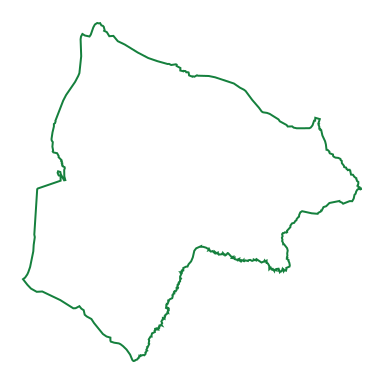 the district of Phanom Sarakham, Chachoengsao, Thailand
{"feature_id": "78962969B65089616698234", "entity_name": "Phanom Sarakham", "entity_type": "district", "adm_level": 2, "iso_a3": "THA", "parent_name": "Thailand", "parent_adm1": "Chachoengsao", "projection": "robinson", "projection_center": [101.467, 13.734], "detail": "fine", "context": "isolated", "style": "outline", "palette": "green", "viewbox_px": 384, "rotation_deg": 0, "n_neighbors": 0, "source": "geoboundaries", "source_scale": "gbopen_adm2", "svg_char_len": 5978}
<svg xmlns="http://www.w3.org/2000/svg" viewBox="0 0 384 384"><path d="M82.4,34.0L81.0,36.6L80.6,39.3L81.2,56.2L79.4,73.1L78.3,75.8L75.1,81.9L66.1,95.0L63.2,100.6L55.4,120.8L55.6,121.2L55.1,123.0L53.9,124.0L53.9,126.5L52.5,132.4L51.5,139.1L51.7,140.5L52.8,142.1L52.4,146.7L53.1,150.4L52.7,151.5L53.4,152.4L57.1,153.2L58.7,156.1L58.6,157.2L61.4,160.0L61.1,160.9L61.9,161.3L61.7,163.0L62.3,163.3L62.0,164.9L62.7,165.4L62.6,166.2L64.6,167.2L64.8,168.2L64.2,169.9L64.3,176.3L65.3,180.1L64.1,180.3L60.8,174.2L60.3,172.0L58.1,171.3L57.6,172.8L58.5,175.1L59.0,175.6L60.6,175.5L60.6,180.7L37.8,188.5L37.2,189.2L34.3,234.6L34.8,237.1L33.7,244.8L33.3,251.3L30.1,267.0L28.3,272.2L27.3,274.4L25.1,277.6L23.0,279.2L27.4,284.8L31.0,288.6L36.7,291.8L42.3,291.5L60.3,300.1L73.3,308.3L75.6,308.2L79.4,306.2L81.4,308.7L83.7,310.2L84.7,314.7L86.8,316.5L91.4,319.0L94.0,323.0L102.9,334.0L106.5,336.5L110.4,337.6L110.4,340.6L110.8,341.6L114.2,342.7L118.8,343.4L120.5,344.2L123.0,346.1L126.5,349.5L130.1,354.6L132.3,359.9L133.4,361.0L134.7,360.8L135.2,360.2L137.4,359.4L137.8,358.4L138.7,358.0L139.3,355.9L139.8,356.4L140.5,356.2L140.8,355.2L141.8,355.4L143.2,355.0L144.3,355.3L145.3,354.3L145.6,353.7L145.4,352.5L146.1,352.0L146.4,350.9L147.1,350.6L146.4,349.7L147.6,347.4L147.2,347.0L148.2,346.1L149.2,343.9L148.7,343.4L149.2,340.7L148.7,339.5L150.5,336.6L151.6,336.6L151.5,335.5L152.0,333.4L154.9,332.0L154.6,330.6L155.1,330.0L155.1,328.8L155.8,328.6L156.1,329.3L156.6,328.7L157.4,328.8L157.4,329.5L158.2,329.6L157.7,328.4L158.8,328.5L159.2,328.1L159.3,327.3L158.8,327.1L159.3,325.9L159.6,326.3L160.9,325.0L161.8,325.4L161.3,324.6L162.2,323.1L161.4,321.5L162.5,319.6L162.9,319.5L162.9,318.1L164.5,318.8L164.4,317.5L164.8,317.5L165.1,316.5L164.8,315.9L165.5,315.3L165.5,314.7L167.1,313.7L167.3,312.7L168.2,313.0L167.8,311.3L168.1,310.2L168.4,310.2L168.2,309.8L168.7,309.8L168.8,308.6L168.4,308.0L166.9,307.5L167.2,308.3L166.0,307.9L166.2,306.9L166.5,307.5L166.7,307.2L166.3,306.5L166.3,304.9L167.2,304.4L167.0,303.8L167.4,303.8L168.2,302.7L168.2,300.6L168.9,300.7L169.1,299.9L170.1,299.1L172.2,298.2L172.7,296.4L172.4,295.2L173.3,294.6L173.4,293.6L174.3,293.4L174.0,291.9L174.7,291.1L175.6,291.4L176.6,289.9L176.6,288.1L177.8,288.3L178.1,287.6L177.3,286.3L177.9,285.3L177.6,284.9L178.1,284.3L178.8,284.1L178.9,283.7L178.4,283.7L178.8,282.3L180.1,281.4L180.0,280.1L180.6,279.2L180.3,278.8L180.9,278.4L180.1,277.5L180.1,276.6L181.4,273.8L181.0,273.4L182.5,272.5L180.8,272.6L180.4,272.2L181.7,272.1L182.1,271.6L181.5,271.4L181.7,270.7L182.2,270.7L182.5,270.0L183.3,270.1L183.3,268.0L186.2,266.6L187.5,266.6L188.6,264.2L191.1,261.4L192.8,257.4L194.3,250.8L196.2,248.3L201.0,246.2L200.9,246.8L203.1,246.8L206.1,247.7L207.9,248.8L208.8,248.5L209.0,249.1L208.5,250.2L209.5,249.8L210.0,250.9L210.9,251.6L212.4,251.1L214.0,252.5L214.3,251.4L215.4,252.3L215.6,253.4L217.8,252.6L217.7,253.7L218.5,253.8L218.8,254.6L221.4,254.3L222.0,253.7L222.8,254.2L223.0,253.1L224.2,254.6L224.7,254.4L225.2,255.4L226.4,254.7L227.6,253.1L228.1,253.2L231.6,257.0L232.7,256.8L231.8,258.0L233.6,258.2L234.6,257.6L234.7,259.1L237.3,259.9L237.6,260.4L238.1,260.3L237.9,259.4L239.2,258.8L239.0,259.7L239.4,260.4L239.7,260.5L239.8,259.8L240.6,260.2L240.3,261.0L241.0,261.5L242.4,259.5L242.3,260.3L243.2,260.8L243.7,260.1L243.8,260.8L244.2,261.2L245.5,260.4L248.0,261.0L248.3,260.3L250.1,259.9L252.1,260.9L253.6,260.3L253.7,259.5L255.1,260.2L255.6,259.7L256.4,260.3L256.7,259.3L261.5,262.5L264.0,261.5L264.6,260.5L265.2,261.6L266.6,260.7L266.7,263.0L267.3,263.0L268.0,263.7L269.2,265.8L269.3,269.1L270.7,267.6L271.6,269.5L272.2,269.7L272.0,269.0L272.7,268.8L274.2,270.9L274.3,269.8L276.4,270.4L276.3,269.0L278.6,268.7L278.9,269.4L278.7,270.7L279.4,270.7L279.8,272.1L280.3,271.5L280.9,271.6L282.1,270.3L282.5,269.1L283.5,271.1L283.9,269.8L284.5,270.6L285.3,270.2L286.0,270.6L286.4,269.4L286.3,267.9L289.5,266.6L289.8,265.3L289.3,262.7L288.4,260.8L288.6,260.1L286.8,258.8L287.4,257.7L286.9,257.2L287.4,255.7L287.2,253.3L287.7,250.6L287.1,248.2L284.0,244.2L283.2,244.3L283.0,242.7L282.1,241.0L282.5,239.9L281.9,237.8L282.6,236.2L282.1,234.2L282.9,233.1L283.6,233.2L284.9,232.3L286.5,232.6L287.2,232.1L287.0,230.8L290.4,227.1L290.4,225.6L292.0,223.4L294.2,222.8L295.2,221.1L296.4,220.3L296.6,219.2L298.1,217.3L299.0,216.7L299.2,214.9L300.3,212.4L302.1,211.2L311.7,213.3L317.7,213.8L318.3,212.8L320.8,211.5L321.1,210.5L321.7,210.6L323.5,207.1L326.2,206.2L329.4,203.0L339.3,201.0L339.3,201.4L342.1,202.7L343.1,203.7L349.7,201.1L352.2,201.2L353.7,198.6L354.5,194.8L355.6,193.7L356.2,191.5L357.3,189.7L359.0,188.7L360.3,189.4L361.0,189.1L360.9,188.3L359.7,187.9L359.5,187.2L358.5,187.3L358.0,185.8L357.5,185.7L358.3,183.9L358.3,181.9L356.9,180.8L356.6,179.3L356.2,178.9L356.3,178.2L354.4,176.9L353.0,174.8L351.0,174.6L350.2,170.5L349.7,170.4L349.5,169.8L347.8,170.1L347.7,169.5L346.6,169.1L346.1,167.6L344.2,167.1L343.9,165.7L341.9,163.2L341.7,160.8L340.7,160.1L340.4,158.9L338.3,157.9L335.4,157.6L333.6,156.6L333.1,155.9L333.0,154.5L329.8,153.3L329.3,152.4L329.4,151.6L327.6,149.9L326.5,149.8L325.9,144.5L325.1,141.3L322.4,135.5L321.2,130.1L320.3,130.0L320.2,128.8L319.3,128.7L319.3,126.5L318.5,124.8L319.0,123.9L318.4,123.5L319.8,119.1L315.3,117.8L315.1,120.7L314.1,120.7L312.5,125.4L310.8,127.5L309.4,128.2L296.9,128.3L293.6,127.6L292.2,126.4L287.7,126.5L286.6,125.0L279.8,121.3L278.5,119.4L269.7,113.9L267.0,112.9L263.0,112.3L261.7,111.5L259.0,107.8L252.2,99.9L245.6,91.0L243.9,89.7L240.0,87.7L233.9,83.5L215.1,77.3L208.8,76.0L197.9,75.7L197.0,75.3L194.4,76.7L192.9,76.3L192.5,76.7L189.1,75.4L188.6,72.5L187.9,72.2L186.3,72.3L185.5,71.1L183.6,70.9L183.4,71.3L180.3,70.5L180.4,68.0L176.6,66.0L176.7,64.7L175.9,64.3L171.2,65.0L169.0,63.9L167.6,64.0L157.2,61.1L148.2,58.0L137.7,52.5L124.7,44.5L117.8,41.2L113.4,35.9L109.3,36.2L106.8,32.1L104.1,30.8L104.6,29.9L103.7,26.7L102.8,25.8L101.4,25.4L100.1,23.1L98.9,23.4L97.2,23.0L94.9,24.5L93.3,27.4L90.8,34.6L89.5,36.5L84.9,35.5L82.4,34.0Z" fill="none" stroke="#15803d" stroke-width="2"/></svg>